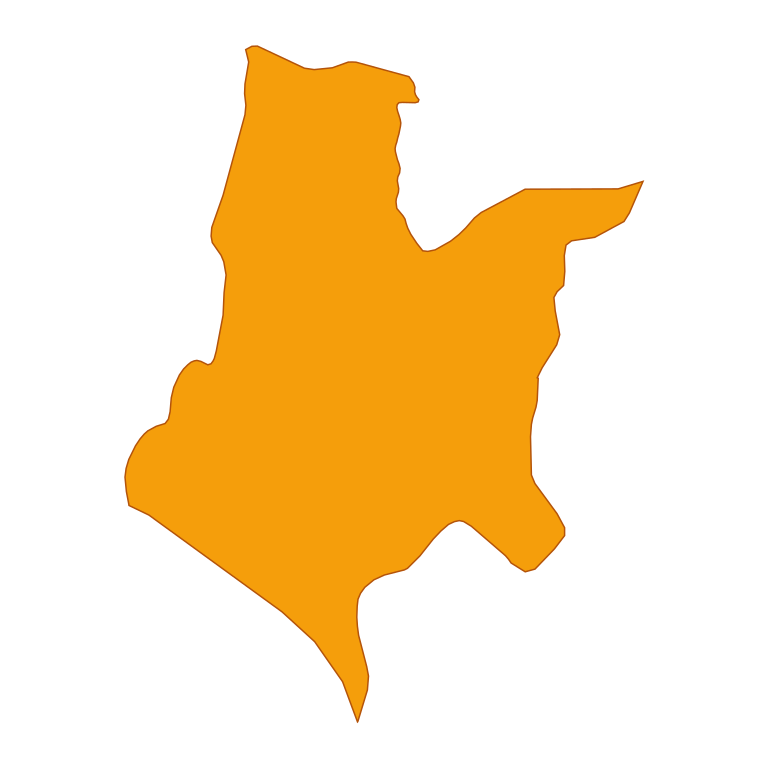 map outline of Bomi (Equal Earth projection)
{"feature_id": "LBR-783", "entity_name": "Bomi", "entity_type": "County", "adm_level": 1, "iso_a3": "LBR", "parent_name": "Liberia", "parent_adm1": "", "projection": "equal_earth", "projection_center": [-10.785, 6.699], "detail": "fine", "context": "isolated", "style": "filled", "palette": "amber", "viewbox_px": 768, "rotation_deg": 0, "n_neighbors": 0, "source": "natural_earth", "source_scale": "10m", "svg_char_len": 2117}
<svg xmlns="http://www.w3.org/2000/svg" viewBox="0 0 768 768"><path d="M357.5,721.9L342.6,681.7L314.7,641.7L282.1,611.9L148.8,515.0L129.0,505.5L129.0,505.3L126.4,491.6L125.0,477.1L126.1,468.5L128.8,459.4L135.5,445.8L140.1,438.9L144.3,434.0L147.9,430.8L156.2,426.3L165.1,423.5L168.4,419.2L170.1,411.8L171.3,397.7L173.8,387.2L179.4,375.0L183.6,369.0L187.8,364.8L191.0,362.2L194.1,360.9L196.9,360.4L200.9,361.4L207.8,364.8L211.0,363.8L213.0,361.1L214.3,358.5L216.3,351.0L223.1,315.2L224.1,292.6L226.1,275.0L223.8,261.8L221.1,255.3L212.3,242.6L211.1,236.1L211.8,227.4L223.1,195.2L245.0,114.7L245.9,105.3L244.6,93.7L245.0,83.9L248.7,62.0L245.7,49.6L251.9,46.3L257.4,46.1L304.4,68.2L314.2,69.6L332.3,67.8L348.2,62.1L352.3,62.0L356.1,62.2L409.0,76.7L413.4,82.9L414.9,87.2L414.6,91.8L415.5,94.8L416.9,97.2L418.9,99.7L418.1,101.9L415.2,102.7L402.3,102.4L398.9,102.7L397.2,104.7L396.8,107.6L397.6,111.3L399.1,115.8L400.2,119.5L400.8,123.0L400.5,126.0L398.9,133.9L397.7,138.0L396.8,142.0L395.7,145.3L395.1,148.6L395.4,151.7L397.4,159.6L398.9,163.6L400.1,168.4L399.6,172.9L397.8,176.9L397.3,180.8L398.7,188.6L398.4,192.2L396.3,198.7L396.0,201.9L396.8,208.4L403.1,216.0L405.0,219.1L406.1,223.4L407.8,228.3L410.8,234.3L416.8,243.3L422.7,250.8L427.8,251.4L435.1,249.9L450.4,241.3L458.9,234.6L465.8,227.9L474.4,218.0L481.2,212.5L525.1,189.2L618.0,188.9L643.0,181.4L629.4,212.9L624.0,221.5L612.1,227.9L611.4,228.3L594.8,237.3L571.6,240.8L566.0,245.1L564.3,255.6L564.8,271.3L563.6,285.5L557.1,291.7L553.9,297.5L555.2,310.9L559.7,334.7L556.7,344.8L542.2,367.7L537.2,377.8L538.2,378.3L537.2,400.5L536.0,407.1L532.7,417.9L531.4,424.4L530.5,436.7L531.4,475.0L534.9,483.5L557.1,513.8L564.6,527.7L564.6,535.6L554.5,548.8L535.0,569.1L525.2,571.8L511.1,563.0L508.5,559.2L505.5,555.7L471.3,526.2L463.6,521.5L459.3,520.6L454.5,521.6L448.5,524.4L440.9,531.0L433.2,539.1L419.9,555.9L407.5,568.3L404.4,569.9L384.4,575.0L373.9,579.8L364.8,587.3L360.5,593.3L358.0,599.2L357.2,606.2L356.8,617.2L357.4,626.3L358.6,635.3L366.7,666.6L368.5,676.1L367.4,690.0L358.0,721.0L357.7,721.7L357.5,721.9Z" fill="#f59e0b" stroke="#b45309" stroke-width="1.5"/></svg>